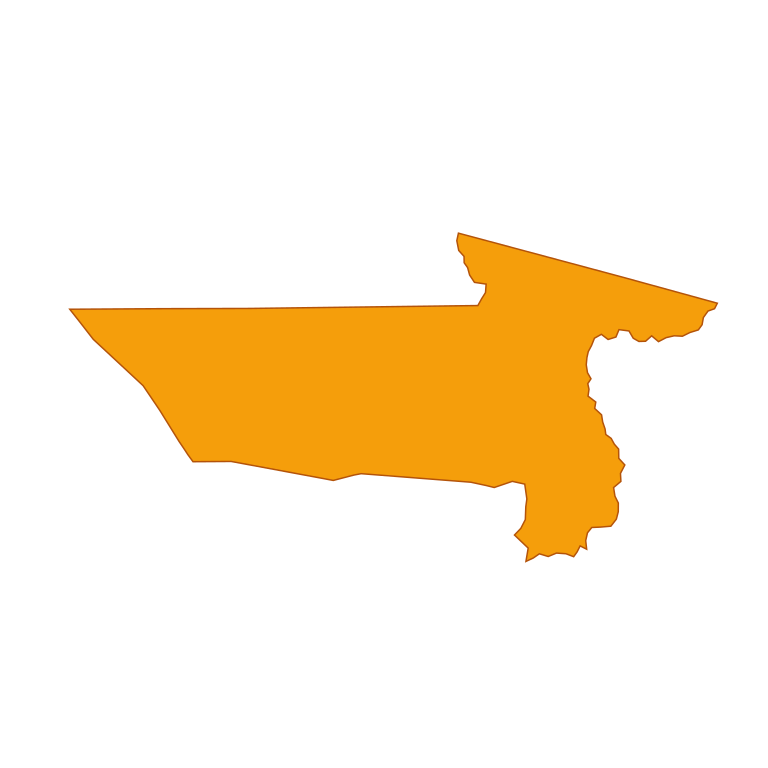 the district of Tufilândia, Maranhão, Brazil, rotated 97°
{"feature_id": "56859067B40819764900175", "entity_name": "Tufilândia", "entity_type": "district", "adm_level": 2, "iso_a3": "BRA", "parent_name": "Brazil", "parent_adm1": "Maranhão", "projection": "robinson", "projection_center": [-45.575, -3.771], "detail": "fine", "context": "isolated", "style": "filled", "palette": "amber", "viewbox_px": 768, "rotation_deg": 97, "n_neighbors": 0, "source": "geoboundaries", "source_scale": "gbopen_adm2", "svg_char_len": 1410}
<svg xmlns="http://www.w3.org/2000/svg" viewBox="0 0 768 768"><g transform="rotate(97 384 384)"><path d="M225.2,328.5L232.9,329.2L242.4,326.1L247.6,320.1L253.9,319.2L258.3,315.2L265.4,312.3L272.1,306.6L272.4,294.8L280.9,294.4L287.5,297.5L294.7,300.4L325.4,526.7L336.0,611.2L348.1,705.0L360.5,692.5L375.1,678.0L415.0,622.9L437.5,603.3L466.0,580.4L472.3,574.9L478.1,570.0L484.4,564.1L479.5,526.3L485.2,433.3L485.9,422.6L478.1,402.9L475.8,395.8L470.9,285.8L472.3,270.2L473.3,262.0L465.0,244.8L466.2,232.1L480.7,228.2L488.6,228.3L501.4,227.2L510.6,230.6L518.0,236.1L529.3,220.9L542.8,221.5L538.5,214.6L533.6,209.1L535.2,200.0L530.8,192.2L530.3,182.7L532.3,174.7L527.2,171.9L520.8,169.6L523.3,162.7L514.9,164.7L506.9,163.9L501.1,160.3L499.6,151.5L497.5,141.5L489.8,136.9L482.2,135.9L473.6,136.9L467.2,141.1L458.8,143.5L451.8,137.0L443.9,138.4L435.0,135.1L429.2,141.9L420.0,143.2L415.6,148.1L410.3,151.9L407.1,157.7L401.7,159.1L395.1,162.3L388.1,164.3L382.6,171.9L376.1,171.6L371.2,180.0L364.2,179.9L358.8,181.8L353.6,179.2L348.0,183.4L340.3,185.6L333.0,185.8L327.0,185.2L320.5,182.7L312.9,180.7L308.2,174.3L312.5,167.0L309.1,159.5L301.4,157.4L301.5,147.3L308.2,142.2L310.7,136.2L309.7,129.6L303.6,124.2L308.5,116.7L303.6,109.6L300.8,101.9L300.2,93.6L295.6,86.6L292.0,78.6L286.4,75.5L279.1,75.1L272.1,71.3L269.0,65.1L263.2,63.0L248.8,160.8L225.2,328.5Z" fill="#f59e0b" stroke="#b45309" stroke-width="1.5"/></g></svg>